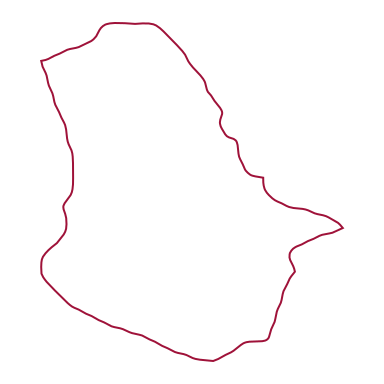 outline of Cristobal, Independencia, Dominican Republic
{"feature_id": "3306468B18266835565764", "entity_name": "Cristobal", "entity_type": "district", "adm_level": 2, "iso_a3": "DOM", "parent_name": "Dominican Republic", "parent_adm1": "Independencia", "projection": "mercator", "projection_center": [-71.278, 18.34], "detail": "fine", "context": "isolated", "style": "outline", "palette": "rose", "viewbox_px": 384, "rotation_deg": 0, "n_neighbors": 0, "source": "geoboundaries", "source_scale": "gbopen_adm2", "svg_char_len": 2636}
<svg xmlns="http://www.w3.org/2000/svg" viewBox="0 0 384 384"><path d="M41.2,60.9L42.6,66.7L45.6,72.9L46.6,75.6L48.1,82.9L48.9,85.7L52.4,93.3L53.2,96.1L54.4,102.0L55.3,104.8L59.1,112.2L61.4,117.6L64.0,122.5L65.1,125.0L66.1,129.4L67.1,138.5L67.7,141.5L68.6,144.2L71.5,150.4L72.3,153.4L72.7,156.6L73.0,163.0L73.1,177.9L73.0,184.4L72.5,189.2L71.8,192.3L70.6,195.1L64.6,203.3L63.5,205.7L63.3,207.0L63.6,209.3L65.2,213.9L66.2,218.1L66.5,224.2L66.1,228.8L65.2,231.7L63.7,234.5L56.9,243.1L51.6,247.3L48.4,250.2L45.5,253.3L43.0,256.7L41.9,259.4L41.4,262.4L41.2,266.9L41.5,273.7L43.2,277.2L44.8,279.5L46.6,281.8L54.8,290.4L67.6,303.0L69.8,304.9L72.1,306.6L74.4,307.8L78.7,309.6L86.0,313.7L91.5,316.0L98.7,320.1L104.1,322.4L111.5,326.3L114.3,327.1L120.2,328.3L123.0,329.2L129.3,332.1L132.0,333.1L139.2,334.7L142.1,335.5L149.5,339.4L154.9,341.7L162.2,345.9L167.5,348.2L174.9,352.0L177.8,352.9L183.6,354.1L186.4,355.0L192.6,358.0L195.4,358.9L199.9,359.7L213.2,361.0L218.2,359.0L225.6,354.9L230.9,352.4L233.5,350.8L240.8,345.0L243.4,343.3L244.8,342.7L246.4,342.2L249.5,341.7L262.2,341.2L265.1,340.6L266.4,340.0L267.5,339.2L268.4,338.2L269.0,337.0L271.2,329.3L274.6,321.9L275.3,319.0L276.8,311.7L277.8,309.0L280.8,302.8L281.6,299.9L282.7,294.1L283.5,291.2L287.3,283.9L289.7,278.6L291.3,276.2L294.9,271.7L294.2,268.8L293.2,266.1L290.2,260.1L289.5,257.5L289.6,254.6L289.9,253.1L291.3,250.7L293.1,248.7L295.3,247.2L296.6,246.5L301.8,244.4L307.9,241.1L313.4,238.9L319.5,235.8L322.2,234.8L329.5,233.4L332.5,232.7L342.8,228.0L340.1,224.8L338.1,222.9L328.6,217.4L326.1,216.2L323.2,215.3L317.4,214.1L314.6,213.3L308.3,210.4L305.6,209.5L302.6,208.9L293.5,208.0L289.1,207.0L286.5,205.9L281.6,203.3L277.6,201.6L274.9,200.2L272.3,198.3L268.9,195.1L266.8,192.7L265.1,190.0L264.5,188.6L263.7,185.6L263.3,182.6L263.2,177.7L255.4,176.4L252.5,175.7L251.1,175.2L249.9,174.5L247.7,172.7L245.8,170.7L245.0,169.5L242.7,164.2L240.2,159.3L239.1,156.7L238.5,153.7L237.6,145.1L236.9,142.5L236.4,141.3L235.6,140.3L233.6,138.9L229.0,137.4L226.9,136.2L225.2,134.3L221.9,128.8L220.7,126.4L220.0,123.7L219.9,122.3L220.3,119.6L222.1,114.1L222.2,112.9L222.0,111.6L221.5,110.3L220.1,107.9L214.5,100.9L211.0,95.4L207.9,91.9L206.9,89.7L205.2,83.0L204.7,81.6L203.2,79.0L200.4,75.4L192.9,67.4L190.0,63.8L188.3,61.3L185.1,54.7L182.3,51.0L177.0,45.2L163.5,31.4L160.0,28.2L156.2,25.5L153.4,24.3L148.9,23.5L142.6,23.4L135.1,23.9L124.8,23.2L114.7,23.0L109.9,23.4L106.8,24.1L105.3,24.6L102.9,26.1L100.9,28.0L99.4,30.2L96.2,36.3L93.5,39.3L91.3,41.0L78.7,47.1L75.8,47.9L70.0,49.0L67.2,49.8L59.7,53.6L54.3,55.8L48.2,59.0L45.5,60.0L41.2,60.9Z" fill="none" stroke="#9f1239" stroke-width="2"/></svg>